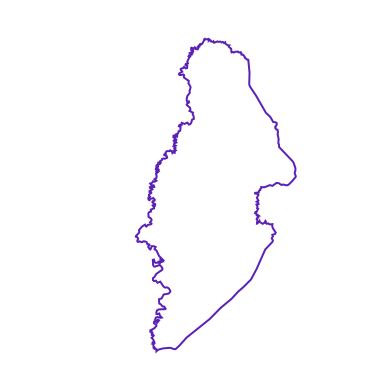 Phibun Rak, Udon Thani, Thailand, rotated 323°
{"feature_id": "78962969B22410583469431", "entity_name": "Phibun Rak", "entity_type": "district", "adm_level": 2, "iso_a3": "THA", "parent_name": "Thailand", "parent_adm1": "Udon Thani", "projection": "albers", "projection_center": [103.057, 17.536], "detail": "fine", "context": "isolated", "style": "outline", "palette": "violet", "viewbox_px": 384, "rotation_deg": 323, "n_neighbors": 0, "source": "geoboundaries", "source_scale": "gbopen_adm2", "svg_char_len": 6024}
<svg xmlns="http://www.w3.org/2000/svg" viewBox="0 0 384 384"><g transform="rotate(323 192 192)"><path d="M271.2,82.6L266.7,85.1L266.2,86.7L264.2,86.0L263.5,86.3L263.3,87.0L264.4,88.1L262.7,90.0L261.3,89.4L261.0,87.3L259.4,87.7L257.4,86.9L256.7,87.3L256.6,90.1L253.3,89.6L252.4,90.1L252.5,91.1L253.1,91.7L255.9,93.0L256.0,94.0L254.6,95.3L254.5,96.0L256.3,101.3L254.6,103.0L254.2,106.8L253.6,107.8L250.8,109.9L250.0,111.4L245.9,112.6L243.4,114.8L242.4,117.2L244.0,117.6L243.7,118.6L242.9,118.8L242.0,118.2L240.2,119.2L241.1,123.5L240.3,125.3L238.8,125.7L240.5,129.2L239.5,130.0L239.0,132.1L237.6,134.7L235.6,134.3L232.8,136.4L231.0,136.7L230.1,136.3L230.1,133.8L226.9,133.1L225.5,130.6L225.0,130.7L224.1,132.1L222.5,130.9L221.1,131.5L221.4,132.1L222.7,132.3L219.9,135.6L218.8,136.0L217.9,135.4L216.2,136.8L215.1,136.8L213.5,138.7L213.0,137.8L213.6,136.4L212.6,136.6L212.0,137.6L211.6,136.0L211.1,135.9L210.1,137.1L211.4,138.5L210.1,139.1L211.0,140.8L209.7,141.5L209.3,140.2L208.3,140.1L208.2,141.0L209.3,142.1L209.3,143.1L207.0,142.5L206.1,143.3L206.8,145.1L204.8,144.5L205.3,146.8L204.1,146.8L204.2,147.9L202.8,148.0L203.7,149.1L202.6,149.2L201.8,150.2L201.1,149.1L199.8,149.2L200.4,147.4L199.7,145.6L198.8,146.0L196.5,144.2L194.7,144.6L193.8,146.1L192.8,145.3L192.1,145.6L193.4,148.4L192.7,149.7L190.2,149.1L189.5,148.1L188.0,147.6L187.2,148.4L184.8,148.2L184.7,149.8L183.1,150.3L182.7,150.0L183.5,149.2L182.7,148.3L181.8,149.2L179.6,149.4L179.3,149.8L180.7,150.7L180.4,151.2L179.6,151.6L179.1,150.7L178.4,150.8L176.8,152.0L177.1,152.6L178.4,152.7L178.9,154.1L177.7,155.2L177.0,154.8L177.3,153.8L175.8,153.9L175.5,154.6L176.8,155.6L174.1,155.9L173.4,157.9L172.1,159.3L169.8,159.2L170.4,161.6L168.4,161.4L167.5,160.0L165.7,160.6L163.7,160.1L163.7,162.1L165.4,163.5L165.0,165.2L164.0,164.8L162.4,163.0L161.2,162.8L160.9,163.6L162.1,165.1L162.0,166.1L158.7,165.6L158.1,166.4L159.2,167.4L159.0,168.2L156.2,168.2L155.5,168.8L155.6,170.3L154.0,170.2L153.3,170.7L152.7,172.1L153.2,173.0L154.9,172.2L156.1,173.2L157.4,173.4L157.6,175.8L156.8,176.4L155.3,175.8L154.3,176.1L154.2,177.1L155.2,179.0L155.1,179.9L154.1,180.6L153.3,179.1L152.5,179.0L152.5,181.3L151.8,182.2L148.5,181.3L147.5,182.9L145.6,182.3L144.3,182.8L142.3,185.7L143.2,188.1L143.2,189.5L142.2,190.6L140.3,190.9L140.5,193.0L139.9,193.1L136.8,191.7L134.9,192.2L134.5,191.7L134.8,189.8L131.5,189.5L126.8,190.5L125.9,192.2L125.0,192.7L120.5,193.5L120.3,194.1L121.1,195.0L120.9,196.9L118.8,198.2L118.6,198.9L119.1,199.6L120.4,199.9L121.7,201.9L123.9,202.3L125.6,204.5L125.0,206.6L126.3,208.2L126.1,208.9L124.6,208.9L124.0,209.4L123.8,212.2L124.1,212.8L125.0,212.5L127.2,211.0L128.8,212.3L129.9,214.0L127.7,215.0L128.4,217.6L127.2,223.2L128.1,229.6L127.1,230.1L125.5,229.5L126.7,227.5L126.3,226.7L124.2,229.4L122.8,229.8L123.7,227.8L123.3,227.4L121.9,227.7L120.4,226.8L120.0,225.7L120.9,223.1L119.9,222.6L116.9,227.1L116.8,228.5L117.4,229.3L122.3,230.9L122.7,233.5L122.2,235.6L121.5,236.2L114.2,235.9L110.8,237.3L108.9,237.3L107.8,238.9L108.0,240.3L109.8,241.1L109.8,243.7L112.7,244.5L112.4,250.4L112.8,251.9L115.0,253.5L115.5,255.4L115.1,258.1L114.1,258.8L112.0,259.0L107.7,256.8L103.6,258.7L101.1,257.8L98.7,261.4L99.5,262.9L99.6,265.7L100.9,266.9L100.6,269.4L100.0,269.4L94.9,265.8L92.9,265.5L91.3,266.5L90.2,268.0L90.7,268.7L92.7,269.3L92.0,271.8L92.3,274.1L91.3,273.7L89.0,271.0L87.5,270.6L85.8,271.7L85.6,272.3L86.1,273.3L88.0,273.6L88.4,274.7L85.5,275.4L84.8,272.9L83.8,272.7L82.6,273.9L83.6,276.5L83.1,277.5L80.0,278.2L75.5,277.4L74.7,278.3L75.8,279.2L74.1,280.8L75.2,280.1L75.6,280.6L74.0,282.0L75.1,282.6L75.0,283.7L72.0,284.2L72.2,286.4L71.7,288.9L71.0,288.6L70.9,289.7L70.1,289.2L70.2,290.1L69.1,289.8L69.5,290.6L68.3,292.0L68.4,292.7L67.8,293.1L68.2,293.5L67.5,293.8L67.7,294.8L68.6,295.0L68.9,296.0L67.7,297.8L70.0,297.6L74.6,299.4L80.7,303.2L83.4,307.0L84.4,307.6L89.5,307.1L100.2,305.0L129.7,304.1L145.1,301.8L159.3,301.1L169.3,299.3L175.6,298.9L186.4,297.4L197.6,292.2L215.8,282.0L226.4,280.2L227.5,279.3L227.8,277.0L229.8,276.2L230.4,274.5L232.9,275.5L234.4,274.9L234.8,269.5L235.8,267.1L236.9,266.1L234.4,264.5L233.9,262.8L232.7,262.5L232.1,261.0L233.2,260.1L233.2,259.3L231.6,260.2L229.3,259.9L228.0,256.7L228.5,255.7L225.4,256.5L224.9,256.3L227.4,253.6L227.3,252.5L228.7,251.9L229.6,252.3L230.1,250.9L231.1,251.3L230.8,250.2L230.1,250.2L229.6,249.6L230.5,247.9L229.6,246.9L230.7,246.2L232.0,246.6L234.8,245.1L234.3,244.1L235.5,243.1L235.9,240.9L237.8,241.7L238.3,240.9L237.9,240.0L238.6,239.5L238.0,238.7L239.9,238.7L240.3,235.7L243.4,234.2L243.2,233.0L241.5,231.1L241.9,230.7L245.1,232.5L246.2,231.4L247.7,231.5L248.1,230.8L249.9,230.5L250.2,229.8L252.9,231.9L258.4,233.4L259.9,235.5L264.9,235.6L266.6,237.2L267.7,240.3L269.1,240.7L271.6,243.7L273.7,244.3L278.5,243.6L283.8,242.4L284.4,241.8L285.2,239.0L286.5,237.6L287.1,237.5L288.9,235.3L290.7,230.0L290.8,227.4L288.6,208.5L290.0,206.5L290.5,204.7L293.0,201.9L295.1,197.5L296.8,195.8L297.8,193.7L297.0,192.8L297.0,190.9L297.9,190.5L297.9,189.9L300.1,189.3L301.1,188.0L300.7,186.6L299.0,185.0L299.7,179.2L298.7,173.2L301.1,153.9L301.8,142.4L302.6,140.3L309.7,131.4L316.5,120.3L315.4,119.0L315.6,118.3L314.9,116.6L315.5,115.7L315.4,113.2L314.2,112.1L314.9,111.2L314.5,110.4L315.0,109.7L313.2,108.5L313.3,107.7L311.1,106.1L309.2,105.7L308.8,104.7L307.6,104.2L309.5,101.1L308.8,98.7L309.1,97.5L309.9,97.3L309.1,96.6L308.1,94.3L308.0,93.4L308.6,92.4L307.2,92.2L306.9,90.7L305.7,90.4L305.1,88.9L303.3,87.9L302.9,87.0L299.5,86.1L299.8,84.5L298.7,84.4L297.7,83.0L298.1,82.2L297.8,81.1L296.3,81.2L297.3,79.7L294.5,78.3L294.5,77.4L293.6,77.4L292.6,78.3L289.5,79.7L288.2,79.7L288.1,79.0L287.2,78.8L286.5,79.6L285.9,79.1L284.9,79.3L285.0,80.2L283.8,79.9L283.8,80.8L282.5,81.5L281.1,80.2L281.6,79.5L281.4,78.4L280.6,79.0L279.9,78.1L278.9,78.6L278.7,76.8L278.2,76.4L277.0,77.7L278.3,78.5L276.9,79.6L277.8,79.9L277.7,80.3L276.6,80.9L276.3,79.8L275.8,80.1L274.3,79.8L274.9,81.0L273.8,80.8L274.2,81.9L273.3,81.6L272.3,82.6L271.5,81.2L270.9,81.5L271.2,82.6Z" fill="none" stroke="#5b21b6" stroke-width="2"/></g></svg>